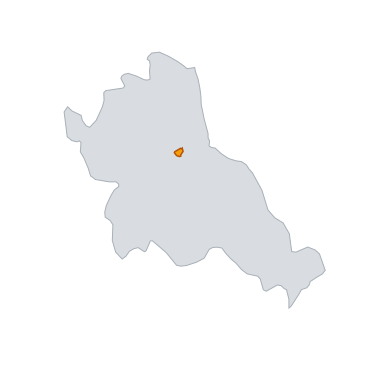 Vodice on a map of Slovenia (Mercator projection), rotated 68°
{"feature_id": "SVN-1003", "entity_name": "Vodice", "entity_type": "Municipality", "adm_level": 1, "iso_a3": "SVN", "parent_name": "Slovenia", "parent_adm1": "", "projection": "mercator", "projection_center": [14.495, 46.172], "detail": "fine", "context": "in_parent", "style": "filled", "palette": "amber", "viewbox_px": 384, "rotation_deg": 68, "n_neighbors": 0, "source": "natural_earth", "source_scale": "10m", "svg_char_len": 1942}
<svg xmlns="http://www.w3.org/2000/svg" viewBox="0 0 384 384"><g transform="rotate(68 192 192)"><path d="M335.9,145.6L327.7,142.3L318.0,141.0L316.1,142.7L312.2,144.5L310.2,147.7L311.8,160.3L309.4,162.5L298.3,161.3L294.6,162.7L288.6,171.5L282.4,175.2L274.6,177.8L268.8,180.9L261.4,183.7L255.1,185.3L252.7,189.2L251.2,193.4L251.6,197.5L257.9,205.5L258.8,214.0L258.1,224.5L256.6,230.1L254.1,233.8L238.5,238.6L222.2,247.1L221.9,249.1L229.3,256.6L229.6,258.5L223.4,262.8L222.8,267.2L223.5,272.2L226.8,277.3L228.0,281.9L219.0,285.3L207.0,284.0L192.7,277.6L187.7,278.6L182.8,281.9L177.9,280.4L172.4,276.5L164.7,268.2L161.0,263.2L159.4,257.8L157.3,257.0L154.1,258.6L151.5,265.1L144.3,276.8L139.1,280.0L131.1,279.3L119.9,279.5L113.0,280.5L104.5,276.4L102.4,277.2L102.4,279.9L99.2,284.2L94.0,287.0L69.9,280.6L66.4,275.4L71.9,272.9L79.5,266.1L84.6,266.9L90.9,265.4L93.7,262.6L89.7,254.0L79.6,243.3L74.3,239.3L66.9,236.6L65.7,233.8L69.8,217.0L68.5,214.6L60.1,215.4L58.2,213.6L57.5,210.7L58.1,206.7L63.7,200.1L70.0,194.3L71.7,191.0L71.5,188.5L63.4,185.9L58.6,183.2L54.7,182.3L52.1,183.8L50.1,182.1L48.1,177.3L50.1,169.9L57.3,163.0L65.1,156.9L71.9,152.4L75.8,150.5L77.6,142.9L81.7,143.7L89.7,144.1L98.6,145.8L106.9,148.0L114.3,150.7L129.7,153.5L143.7,155.2L147.9,156.8L151.3,156.6L155.6,158.9L158.1,157.2L159.9,154.1L167.5,150.5L174.5,145.7L179.5,139.7L182.2,134.9L187.1,131.5L192.2,130.5L196.9,128.8L216.7,126.5L237.1,128.3L246.8,125.0L254.8,119.1L266.5,117.5L267.2,117.4L284.6,121.9L286.0,119.3L286.7,118.1L286.4,105.3L291.9,99.5L297.1,97.0L314.5,97.8L316.8,101.8L317.7,107.9L319.3,116.0L322.2,118.3L323.8,121.5L323.5,127.1L326.9,131.3L334.9,142.7L335.9,145.6Z" fill="#d9dde1" stroke="#a8b0b8" stroke-width="1"/><path d="M148.2,192.9L147.2,186.3L148.0,185.7L147.6,184.6L151.1,185.1L153.3,188.5L154.5,188.9L154.4,190.6L153.6,191.2L153.2,192.0L152.3,192.7L149.8,193.4L148.8,193.6L148.2,192.9Z" fill="#f59e0b" stroke="#b45309" stroke-width="1.5"/></g></svg>